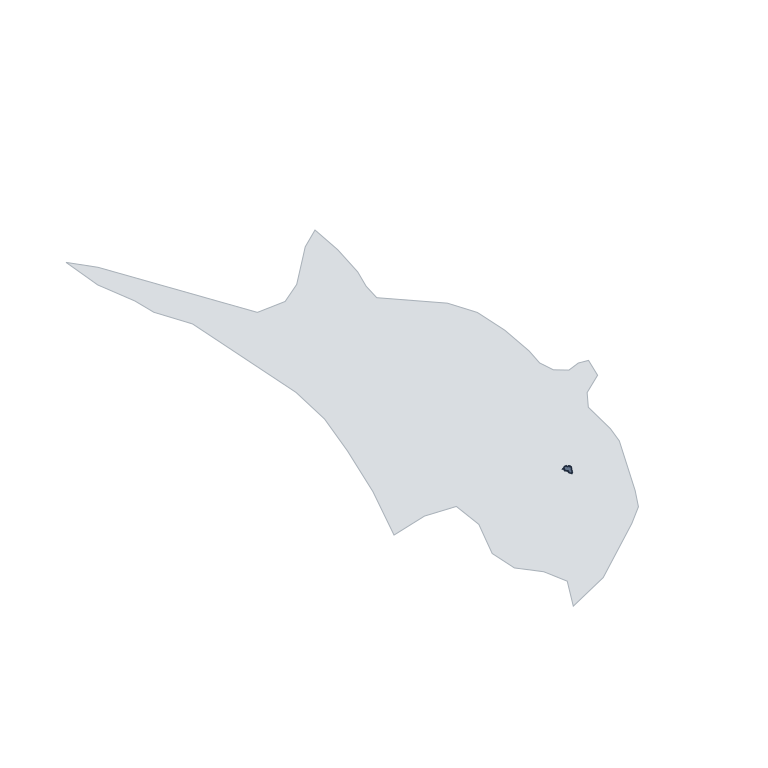 Kedares, Paphos, Cyprus (highlighted), rotated 232°
{"feature_id": "46923920B11025304777915", "entity_name": "Kedares", "entity_type": "district", "adm_level": 2, "iso_a3": "CYP", "parent_name": "Cyprus", "parent_adm1": "Paphos", "projection": "albers", "projection_center": [32.731, 34.831], "detail": "fine", "context": "in_parent", "style": "filled", "palette": "slate", "viewbox_px": 768, "rotation_deg": 232, "n_neighbors": 0, "source": "geoboundaries", "source_scale": "gbopen_adm2", "svg_char_len": 2091}
<svg xmlns="http://www.w3.org/2000/svg" viewBox="0 0 768 768"><g transform="rotate(232 384 384)"><path d="M540.6,406.4L547.8,424.4L518.2,430.2L488.5,432.3L472.0,430.1L456.5,431.4L408.7,483.7L382.9,501.6L352.0,512.3L320.6,518.7L304.8,519.6L290.9,526.2L281.1,538.3L280.9,550.0L276.7,559.7L259.4,557.7L252.2,538.8L239.9,530.7L209.3,534.9L194.3,534.4L145.4,516.3L130.6,508.9L121.5,493.4L96.5,437.6L92.4,396.4L115.8,407.0L137.7,394.3L158.8,373.5L183.8,364.9L199.5,368.6L215.0,372.3L243.0,365.6L255.0,334.6L258.8,298.9L306.0,309.0L353.8,314.0L393.0,315.6L431.5,309.5L549.2,270.1L582.2,246.8L602.8,238.8L638.3,219.4L675.6,208.3L652.0,230.5L518.4,328.3L509.9,356.9L516.2,376.5L535.5,400.2L540.6,406.4Z" fill="#d9dde1" stroke="#a8b0b8" stroke-width="1"/><path d="M202.1,475.1L202.2,475.6L201.8,475.7L201.5,475.7L201.3,475.6L201.1,475.3L200.8,475.2L200.5,475.1L200.2,475.4L199.6,475.6L199.2,475.8L199.0,476.0L198.8,476.3L198.7,476.5L198.4,476.7L198.1,476.8L197.8,476.9L197.9,477.2L198.2,477.6L198.4,477.8L198.5,478.1L198.9,478.0L199.1,478.2L199.6,478.6L199.8,478.8L200.2,478.9L200.9,479.0L201.1,478.9L201.3,479.1L201.6,479.4L201.8,479.7L202.2,479.8L202.5,480.1L202.8,480.2L203.2,480.3L203.4,480.5L203.7,480.3L204.0,480.0L204.0,480.3L204.4,480.2L204.6,480.0L205.0,480.1L205.2,479.9L205.2,479.6L205.3,479.4L205.7,479.3L205.8,479.2L205.7,479.1L205.8,478.9L205.7,478.7L205.7,478.4L205.8,478.2L205.8,477.9L206.1,477.6L206.4,477.5L206.5,477.4L206.8,477.2L207.1,477.3L207.1,477.2L207.2,476.9L207.3,476.9L207.5,476.8L207.5,476.7L207.7,476.4L207.7,476.2L207.7,475.8L207.7,475.7L207.8,475.6L207.7,475.3L207.7,475.0L207.7,474.8L207.6,474.6L207.4,474.4L207.3,474.1L207.2,474.0L207.0,473.8L207.0,473.4L207.1,473.1L206.8,473.1L206.7,473.0L206.7,472.7L206.5,472.9L206.4,473.1L206.3,473.4L206.2,473.5L206.2,473.8L205.9,473.7L205.7,473.6L205.4,473.6L205.2,473.6L205.1,473.4L204.9,473.4L204.8,473.1L204.6,473.2L204.3,473.1L204.2,473.1L204.1,473.4L203.9,473.6L203.8,473.8L203.7,474.1L203.4,474.3L203.3,474.5L203.0,474.8L202.7,474.7L202.6,475.1L202.1,475.1Z" fill="#64748b" stroke="#1e293b" stroke-width="1.5"/></g></svg>